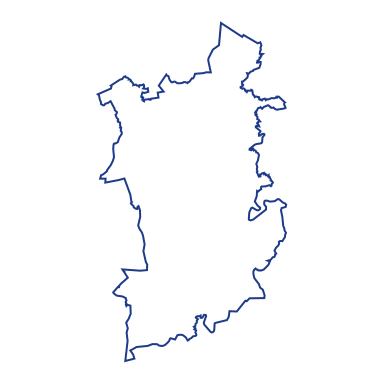 Tamazunchale, San Luis Potosí, Mexico (Albers equal-area conic projection), rotated 270°
{"feature_id": "50627088B74317762178215", "entity_name": "Tamazunchale", "entity_type": "district", "adm_level": 2, "iso_a3": "MEX", "parent_name": "Mexico", "parent_adm1": "San Luis Potosí", "projection": "albers", "projection_center": [-98.765, 21.244], "detail": "fine", "context": "isolated", "style": "outline", "palette": "blue", "viewbox_px": 384, "rotation_deg": 270, "n_neighbors": 0, "source": "geoboundaries", "source_scale": "gbopen_adm2", "svg_char_len": 6069}
<svg xmlns="http://www.w3.org/2000/svg" viewBox="0 0 384 384"><g transform="rotate(270 192 192)"><path d="M147.1,285.0L149.0,285.1L151.2,286.0L153.6,284.5L155.2,284.4L158.4,283.2L166.5,282.4L173.8,281.0L176.0,281.7L177.0,285.6L179.2,286.2L180.5,285.2L181.3,283.1L184.7,279.2L184.9,277.6L183.0,275.1L182.7,273.7L182.4,269.8L183.4,267.1L183.3,265.0L182.7,264.4L180.7,264.1L179.3,264.4L177.2,266.1L174.4,266.0L164.4,253.1L163.6,250.6L164.3,248.9L165.0,248.8L171.6,249.3L175.7,251.1L176.4,252.3L173.8,256.8L173.7,258.3L175.0,260.1L176.3,260.1L178.4,257.6L182.5,254.8L187.6,256.7L193.1,257.1L192.5,258.4L193.7,259.4L194.8,261.2L196.8,261.0L197.5,261.6L197.6,265.3L198.8,269.4L197.8,271.0L198.4,271.6L199.7,271.5L201.4,272.9L202.9,271.9L203.5,270.6L204.3,270.9L205.9,270.1L206.4,269.2L207.2,269.6L208.0,268.6L208.8,268.6L208.0,267.8L208.8,267.3L208.8,266.0L209.7,265.9L210.3,265.2L210.0,264.7L210.7,264.3L210.0,263.9L211.0,263.3L210.6,262.0L209.4,260.8L209.4,260.2L207.6,260.4L207.3,258.9L212.1,256.8L212.7,257.4L215.0,256.8L217.2,257.3L220.1,256.3L223.6,257.9L229.1,259.0L231.2,257.7L231.6,256.2L233.0,255.9L234.6,253.4L235.4,253.2L235.2,252.5L234.6,252.6L235.0,252.2L233.7,251.1L234.3,249.5L235.1,249.6L239.2,254.6L239.9,256.3L240.7,261.2L241.7,262.1L246.7,262.5L249.0,264.4L249.9,264.3L250.2,262.4L248.4,260.0L248.3,259.0L250.4,258.8L252.5,260.5L253.0,260.4L256.7,255.8L257.7,255.8L258.2,256.7L257.6,259.2L258.9,258.7L260.8,257.1L261.4,257.5L261.2,258.0L262.5,258.5L262.6,260.0L264.5,258.5L265.0,257.2L267.0,257.5L268.9,255.7L269.3,256.5L270.2,255.5L270.9,256.2L271.4,255.5L271.7,256.0L272.6,255.7L273.0,256.6L275.9,258.1L276.3,259.9L276.9,260.5L275.2,262.1L277.0,263.8L278.8,268.1L277.0,270.5L276.5,270.5L276.1,272.0L276.5,273.6L275.1,274.8L274.3,276.8L275.5,284.3L276.2,285.6L279.9,284.0L281.3,284.5L281.4,283.9L281.7,284.8L287.3,278.8L287.5,278.0L286.3,277.0L287.0,276.3L286.4,276.1L285.7,274.4L285.9,271.6L284.5,268.0L284.8,266.9L283.8,265.8L285.4,264.8L284.5,262.1L283.7,262.1L283.7,261.4L284.6,260.5L284.4,259.4L284.8,259.1L286.8,259.1L287.1,258.6L286.9,257.7L287.6,256.0L286.8,254.8L288.8,253.8L289.4,252.9L293.7,252.3L294.2,251.3L293.3,251.1L293.4,247.7L292.2,247.0L293.2,246.5L293.4,246.2L292.6,246.0L293.2,245.2L295.0,244.6L295.5,243.9L295.7,243.3L295.2,242.4L296.3,240.6L297.0,240.6L297.9,242.4L298.7,243.0L299.3,243.1L299.8,242.1L302.4,242.0L302.6,243.2L306.4,247.4L308.7,247.9L310.8,247.1L310.4,248.9L312.2,250.5L313.2,253.2L314.1,253.5L316.2,259.3L319.9,260.6L322.0,260.7L322.1,259.1L321.3,258.1L321.3,257.0L321.7,256.9L322.5,257.6L323.3,257.5L323.5,258.4L324.7,259.4L326.2,259.5L326.1,260.2L326.8,260.7L327.8,260.6L328.2,261.4L329.0,261.4L330.0,262.8L330.2,261.8L329.6,260.7L330.1,259.8L332.3,259.9L334.0,260.8L336.3,260.5L338.7,261.4L341.7,260.3L340.7,257.7L349.0,243.5L347.1,242.2L361.0,221.0L338.8,219.0L334.4,212.9L325.7,208.5L323.7,208.2L311.6,210.8L311.7,206.0L310.9,203.7L310.2,195.0L307.7,194.3L305.6,193.1L305.6,191.8L302.7,189.8L301.1,187.6L301.6,187.4L301.4,186.4L301.9,185.2L301.8,183.3L301.2,182.8L300.7,180.2L300.8,177.2L302.3,175.1L302.4,174.1L301.6,172.2L302.1,171.1L304.4,169.5L307.9,168.4L308.5,166.8L309.4,166.3L298.4,158.8L292.4,163.6L291.4,157.7L286.4,158.5L285.2,150.7L284.3,150.6L284.4,149.1L284.9,148.8L284.2,144.1L282.7,144.1L283.0,143.3L284.4,143.0L284.4,142.4L285.8,143.0L286.4,142.0L286.8,142.7L287.8,141.3L291.6,142.5L291.0,144.4L292.2,148.3L295.7,147.8L295.1,146.5L295.5,143.2L296.5,144.0L298.8,144.1L299.6,143.4L298.9,142.2L298.9,139.8L297.3,139.1L298.6,137.8L298.5,136.8L299.4,135.9L298.8,133.3L299.7,133.6L303.0,131.2L302.9,130.7L303.8,130.8L304.6,129.9L304.5,128.9L304.9,129.1L306.2,127.7L306.7,125.7L307.7,125.4L307.3,124.0L304.9,122.2L304.5,120.2L298.4,110.8L297.8,111.5L295.5,111.0L289.7,97.8L288.7,99.0L284.4,99.8L282.0,100.9L280.0,101.0L278.7,103.0L278.8,104.2L280.3,105.3L280.9,107.7L282.8,110.6L275.2,114.6L274.0,114.7L271.8,117.0L270.0,116.4L269.2,115.5L266.2,116.7L264.8,118.1L263.5,117.8L263.5,118.2L262.2,118.1L261.4,120.1L258.2,120.1L256.6,121.0L256.2,120.2L255.0,121.1L253.1,120.7L252.2,121.6L250.2,121.8L246.4,119.3L241.8,117.8L240.4,115.1L240.5,114.1L239.7,113.6L235.2,113.2L226.9,114.0L223.2,112.9L218.9,110.8L213.9,107.1L212.7,106.9L209.6,103.1L208.8,101.1L205.3,100.1L205.3,105.6L201.4,105.3L203.9,118.4L205.5,124.4L189.1,130.4L182.2,131.4L181.9,131.9L180.5,130.9L177.8,133.6L176.7,133.7L175.3,135.7L175.0,137.2L177.2,137.5L177.9,138.5L173.7,140.0L167.2,140.2L158.6,138.2L155.4,139.4L151.3,142.0L147.9,143.1L139.6,144.6L132.8,143.4L121.9,145.9L119.4,147.2L113.9,147.0L113.3,140.2L114.6,122.4L112.4,123.8L112.2,124.5L111.4,124.5L106.3,127.8L100.7,121.4L97.5,118.4L97.2,119.1L96.8,119.0L96.8,117.7L91.6,113.2L90.5,113.9L88.4,116.7L87.5,122.6L85.9,125.8L85.0,125.8L83.7,126.5L81.8,125.6L80.5,126.4L79.7,125.8L78.0,126.4L79.2,127.4L78.4,130.4L70.2,130.7L65.3,128.7L61.3,126.2L55.7,127.8L51.4,126.6L43.2,127.6L23.0,125.3L25.4,134.4L29.5,133.1L33.5,130.3L37.0,136.6L38.1,147.8L39.9,152.4L39.8,157.2L38.5,158.9L38.0,161.9L38.4,163.6L38.8,164.7L41.3,167.6L43.3,169.3L45.3,169.9L45.7,170.8L44.5,175.1L48.6,177.3L49.0,178.0L49.3,181.1L48.8,183.0L46.5,185.9L43.5,187.6L43.7,188.5L45.0,189.4L45.9,191.3L47.6,193.0L48.2,195.8L49.1,196.4L51.6,195.4L53.6,196.2L54.7,194.3L55.8,195.4L57.2,193.9L58.0,195.3L59.9,195.5L61.7,196.9L63.4,196.8L64.8,197.9L66.4,195.8L67.2,196.1L67.8,197.7L67.8,199.4L68.5,200.6L66.2,200.7L66.1,201.6L66.7,202.7L69.2,204.0L68.9,205.9L67.8,206.1L61.4,203.8L59.5,204.2L52.2,210.5L51.6,211.5L51.8,212.8L52.7,213.8L54.5,214.3L60.3,214.6L61.0,215.1L63.9,226.9L67.0,228.7L72.8,229.5L72.5,236.8L83.3,245.4L82.8,246.7L85.7,249.6L85.9,264.3L88.7,264.6L94.3,262.8L96.4,260.1L99.9,258.9L105.8,254.4L110.1,253.4L112.5,253.4L114.2,254.1L115.5,255.6L114.4,256.5L114.4,257.6L113.6,258.2L113.5,259.2L113.7,260.5L113.4,260.9L114.4,263.7L118.1,267.4L119.3,268.5L122.4,269.8L123.3,267.7L124.1,270.6L126.7,272.7L127.0,274.3L128.5,275.1L129.7,275.1L130.3,276.2L133.3,274.5L136.1,275.9L138.6,278.4L140.4,279.1L142.1,278.9L143.0,280.0L142.9,282.4L147.1,285.0Z" fill="none" stroke="#1e3a8a" stroke-width="2"/></g></svg>